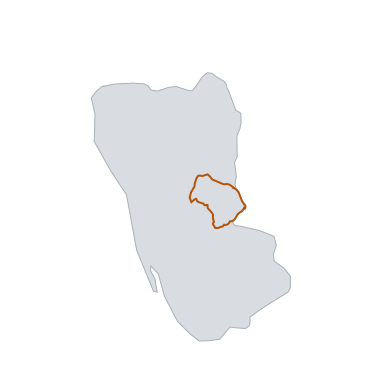 Cabañas on a map of El Salvador (Equal Earth projection), rotated 47°
{"feature_id": "SLV-1344", "entity_name": "Cabañas", "entity_type": "Department", "adm_level": 1, "iso_a3": "SLV", "parent_name": "El Salvador", "parent_adm1": "", "projection": "equal_earth", "projection_center": [-88.722, 13.882], "detail": "fine", "context": "in_parent", "style": "outline", "palette": "amber", "viewbox_px": 384, "rotation_deg": 47, "n_neighbors": 0, "source": "natural_earth", "source_scale": "10m", "svg_char_len": 2451}
<svg xmlns="http://www.w3.org/2000/svg" viewBox="0 0 384 384"><g transform="rotate(47 192 192)"><path d="M139.6,95.4L142.6,96.1L161.9,104.1L167.7,102.6L175.0,109.0L178.5,114.0L181.6,120.9L196.9,134.8L199.5,140.8L211.0,149.0L215.6,155.3L220.4,157.9L230.0,160.3L238.2,163.6L239.2,165.9L239.9,175.2L241.7,183.1L245.6,183.6L250.3,179.8L265.6,169.3L280.2,162.3L288.4,166.5L293.2,175.2L298.7,179.1L310.2,176.7L320.7,177.5L328.9,185.1L330.8,189.6L325.8,215.0L324.0,225.9L323.1,235.1L326.1,237.5L328.9,241.1L328.3,246.0L319.4,254.2L316.6,256.3L318.6,272.0L312.0,281.5L305.9,288.3L295.1,290.2L276.8,290.9L249.3,283.2L229.1,272.6L218.1,272.6L221.6,276.1L230.2,278.3L241.6,285.8L238.3,287.8L197.0,272.3L149.4,241.8L120.8,237.0L88.2,229.0L68.9,209.8L54.5,201.5L53.2,194.2L53.4,186.1L60.0,175.3L72.3,160.7L80.4,153.2L84.2,151.7L89.6,152.5L94.7,148.3L99.2,138.3L103.8,131.8L115.5,125.3L118.2,122.7L117.3,117.1L114.8,106.2L115.2,99.5L119.0,96.4L123.6,95.8L133.1,93.1L137.2,93.6L139.6,95.4Z" fill="#d9dde1" stroke="#a8b0b8" stroke-width="1"/><path d="M217.5,158.5L217.5,158.8L218.2,158.4L221.2,157.8L224.1,158.1L232.9,161.7L238.0,162.2L239.2,162.9L240.2,164.2L240.1,164.7L240.1,165.1L239.9,165.3L239.4,165.2L239.5,165.5L240.1,167.2L240.0,169.1L239.6,171.0L239.4,173.3L239.7,174.7L241.0,178.8L241.1,181.3L240.0,183.6L239.8,183.8L239.3,184.4L240.0,186.4L239.9,188.2L239.1,189.8L237.8,190.8L238.1,193.0L237.0,195.2L235.9,197.8L234.0,199.6L232.9,199.2L230.0,198.7L229.6,198.5L229.4,198.2L229.2,197.9L229.1,197.5L229.0,196.7L228.8,196.3L228.5,196.1L227.7,195.8L227.4,195.7L226.6,195.1L225.4,194.5L225.1,194.3L223.0,192.2L222.7,192.1L221.4,191.7L219.8,191.6L219.1,191.5L215.4,191.5L214.5,191.4L214.0,191.2L212.3,189.6L211.9,189.7L211.5,190.0L210.9,191.0L210.6,191.5L210.2,191.8L209.5,191.8L208.6,191.5L207.9,191.8L204.3,193.9L203.1,194.3L202.3,194.5L201.1,194.0L200.5,193.8L199.7,193.7L199.4,194.3L199.2,194.8L199.0,199.3L195.0,197.8L194.0,197.0L193.8,196.6L193.1,195.2L192.0,193.6L191.5,192.7L191.2,192.1L191.1,191.0L190.9,190.4L190.3,189.1L190.2,188.4L190.1,187.7L189.7,186.5L189.1,185.7L188.2,184.9L187.5,183.9L185.2,179.7L184.7,178.3L184.4,177.3L184.4,176.9L184.5,176.4L184.6,176.1L184.8,175.7L185.0,175.5L185.2,175.2L186.8,174.0L187.2,173.6L187.6,173.0L187.9,172.3L188.1,172.0L189.8,168.5L193.2,168.3L196.3,168.7L197.8,168.2L199.6,167.3L206.7,164.2L208.1,163.4L208.9,162.6L209.8,161.1L212.2,159.5L217.5,158.5Z" fill="none" stroke="#b45309" stroke-width="2"/></g></svg>